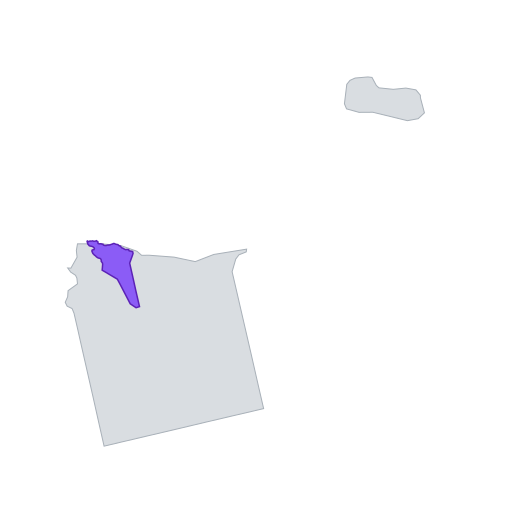 location of Bitica, Litoral, Equatorial Guinea, rotated 77°
{"feature_id": "11065452B13026737962858", "entity_name": "Bitica", "entity_type": "district", "adm_level": 2, "iso_a3": "GNQ", "parent_name": "Equatorial Guinea", "parent_adm1": "Litoral", "projection": "equal_earth", "projection_center": [9.489, 1.359], "detail": "fine", "context": "in_parent", "style": "filled", "palette": "violet", "viewbox_px": 512, "rotation_deg": 77, "n_neighbors": 0, "source": "geoboundaries", "source_scale": "gbopen_adm2", "svg_char_len": 4603}
<svg xmlns="http://www.w3.org/2000/svg" viewBox="0 0 512 512"><g transform="rotate(77 256 256)"><path d="M406.4,282.9L406.5,315.4L406.6,342.8L406.8,372.6L406.9,403.5L407.0,429.8L407.1,446.8L385.8,446.7L357.5,446.5L329.1,446.4L300.8,446.3L286.6,446.2L270.9,446.2L265.9,447.0L262.4,451.3L258.2,452.3L253.4,448.7L247.5,446.9L245.9,443.1L243.0,436.2L237.2,435.5L234.2,436.2L230.0,440.2L225.3,442.2L226.2,439.1L216.9,430.6L210.2,429.8L204.0,427.2L209.0,405.1L215.3,385.6L224.6,370.9L229.6,367.3L231.2,360.0L238.7,336.0L247.8,316.5L245.0,296.8L247.2,263.6L249.8,264.6L250.3,267.7L251.0,272.3L254.4,276.4L265.9,282.8L299.9,282.8L320.3,282.8L350.3,282.8L382.2,282.9L406.4,282.9ZM136.3,59.7L138.9,60.2L154.4,59.7L158.7,67.1L158.2,78.0L142.2,109.9L139.2,123.3L133.0,134.7L127.6,135.6L109.1,128.9L106.0,124.9L104.9,119.4L106.7,106.7L108.1,102.8L116.9,100.4L119.8,98.4L124.5,84.7L126.1,72.2L130.1,62.8L136.3,59.7Z" fill="#d9dde1" stroke="#a8b0b8" stroke-width="1"/><path d="M279.1,380.9L268.0,380.9L263.1,380.9L253.0,380.8L252.8,380.8L234.5,380.7L228.0,376.5L225.8,375.2L223.8,375.2L223.7,375.5L223.7,375.8L223.6,376.0L223.5,376.4L223.4,376.5L223.2,376.5L223.1,376.8L223.1,377.0L222.9,377.3L222.9,377.5L222.7,377.7L222.7,377.9L222.6,378.1L222.5,378.3L222.4,378.4L222.3,378.5L222.2,378.6L221.9,378.5L221.7,378.5L221.4,378.7L221.2,378.7L221.2,378.8L221.0,379.0L220.9,379.2L220.9,379.4L220.9,379.5L220.8,379.8L220.7,380.0L220.7,380.3L220.6,380.5L220.5,380.8L220.6,381.1L220.5,381.4L220.5,381.6L220.4,381.7L220.3,381.8L220.2,382.1L220.0,382.3L219.9,382.4L219.8,382.5L219.7,382.7L219.7,382.8L219.5,383.0L219.4,383.0L219.2,383.2L219.1,383.3L218.9,383.4L218.8,383.5L218.7,383.6L218.6,383.8L218.5,384.0L218.3,384.2L218.2,384.4L218.2,384.5L218.0,384.8L217.9,384.9L217.6,385.0L217.4,385.2L217.2,385.3L216.9,385.4L216.7,385.6L216.3,385.8L216.2,385.8L216.1,386.0L215.9,386.0L215.7,386.1L215.5,386.3L215.4,386.4L215.4,386.6L215.3,386.8L215.2,386.9L215.2,387.0L215.0,387.3L214.9,387.4L214.7,387.5L214.4,387.7L214.2,387.8L213.9,387.9L213.8,388.1L213.7,388.2L213.7,388.4L213.6,388.6L213.5,388.8L213.4,389.0L213.3,389.3L213.2,389.6L213.0,389.8L212.9,390.1L212.8,390.3L212.6,390.5L212.4,390.7L212.3,390.8L212.2,390.9L212.1,391.1L212.0,391.3L211.9,391.5L211.8,391.9L211.8,392.0L211.8,392.3L211.9,392.5L211.9,392.8L212.0,393.1L212.0,393.4L212.1,393.5L212.1,393.8L212.1,394.1L212.1,394.4L212.1,394.5L212.2,394.8L212.2,395.0L212.2,395.3L212.2,395.5L212.3,395.7L212.3,396.0L212.3,396.4L212.3,396.6L212.3,396.9L212.2,397.0L212.2,397.3L212.1,397.5L212.0,397.8L212.0,398.1L212.0,398.4L212.0,398.6L212.0,398.9L212.0,399.1L212.0,399.3L212.1,399.6L212.0,399.8L212.0,400.0L211.9,400.3L211.9,400.6L211.8,400.8L211.7,401.0L211.6,401.3L211.5,401.5L211.4,401.6L211.3,401.8L211.2,401.9L211.1,402.1L210.8,402.3L210.6,402.4L210.4,402.4L210.2,402.4L210.0,402.5L210.0,402.8L209.9,402.9L209.9,403.1L209.8,403.3L209.7,403.5L209.5,403.9L209.4,404.0L209.2,404.2L209.2,404.3L209.1,404.5L209.1,404.9L209.1,405.1L209.0,405.3L209.0,405.6L208.9,405.7L208.9,405.8L208.9,406.0L208.7,406.3L208.6,406.6L208.5,406.8L208.4,406.8L208.2,406.9L208.1,407.0L207.9,407.0L207.7,407.1L207.4,407.0L207.3,406.9L207.1,406.9L206.9,406.9L206.6,406.9L206.4,406.9L206.3,407.0L206.2,407.3L205.9,407.4L205.8,407.5L205.7,407.8L205.6,408.0L205.4,408.1L205.2,408.1L205.2,408.3L205.3,408.4L205.3,408.6L205.3,408.8L205.4,409.1L205.4,409.3L205.4,409.5L205.4,409.8L205.3,410.0L205.2,410.3L205.2,410.5L205.1,410.9L205.1,411.0L204.9,411.2L204.8,411.3L204.7,411.4L204.6,411.5L204.5,411.8L204.5,412.0L204.5,412.4L204.5,412.5L204.5,412.8L204.5,413.0L204.4,413.3L204.4,413.5L204.3,413.8L204.2,413.9L204.2,414.1L204.1,414.3L204.1,414.6L204.1,414.8L204.1,415.0L204.2,415.3L204.2,415.6L204.2,415.9L204.1,416.1L204.1,416.3L204.0,416.5L203.9,416.6L203.7,416.7L203.6,416.8L203.4,416.9L203.4,417.0L203.8,417.3L204.0,417.3L204.3,417.4L204.8,417.1L205.2,417.1L205.5,417.1L206.2,417.3L207.1,416.9L207.5,416.5L208.2,416.4L208.7,415.9L209.2,414.9L209.5,414.1L210.0,413.3L210.6,412.6L211.4,412.0L212.0,411.8L212.4,411.8L212.8,412.0L213.4,412.6L213.3,412.9L213.2,413.1L213.2,413.3L213.3,413.5L213.3,413.9L213.3,414.0L213.5,414.5L213.9,414.6L214.0,414.6L214.3,414.6L214.4,414.8L214.6,414.8L214.9,414.7L215.1,414.7L215.3,414.7L215.5,414.6L216.8,414.4L217.8,413.8L218.7,413.3L219.7,412.4L220.9,411.7L221.7,411.0L222.2,410.5L222.6,409.9L223.2,408.6L223.9,408.0L224.9,407.7L225.4,407.7L226.0,408.0L226.3,408.0L226.8,407.9L227.5,407.5L228.3,407.2L229.6,407.3L232.8,408.3L235.2,409.1L247.4,396.3L253.3,394.7L268.0,390.9L274.3,389.3L279.4,384.5L279.1,380.9Z" fill="#8b5cf6" stroke="#5b21b6" stroke-width="1.5"/></g></svg>